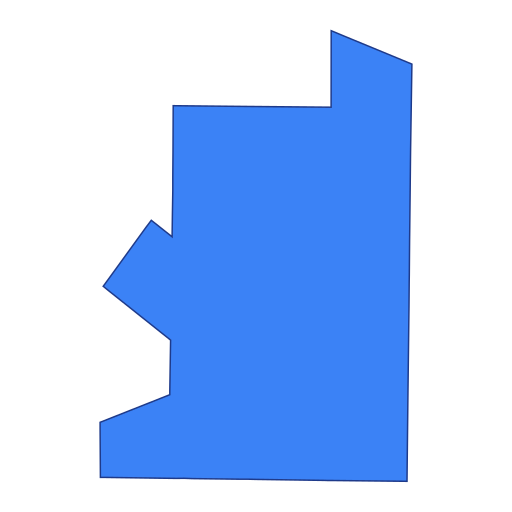 the district of O'Higgins, Chaco, Argentina
{"feature_id": "61730980B80807938720133", "entity_name": "O'Higgins", "entity_type": "district", "adm_level": 2, "iso_a3": "ARG", "parent_name": "Argentina", "parent_adm1": "Chaco", "projection": "robinson", "projection_center": [-60.713, -27.221], "detail": "fine", "context": "isolated", "style": "filled", "palette": "blue", "viewbox_px": 512, "rotation_deg": 0, "n_neighbors": 0, "source": "geoboundaries", "source_scale": "gbopen_adm2", "svg_char_len": 726}
<svg xmlns="http://www.w3.org/2000/svg" viewBox="0 0 512 512"><path d="M411.9,64.1L350.9,38.9L342.7,35.5L335.3,32.4L331.2,30.7L331.1,107.2L252.6,106.5L252.1,106.5L173.2,105.7L173.0,151.0L172.8,176.8L172.8,185.7L172.8,190.4L172.4,214.2L172.2,229.3L172.1,236.8L151.3,220.3L146.3,226.9L112.9,273.0L111.3,275.2L103.2,286.3L109.6,291.5L170.6,340.1L169.8,391.0L169.8,394.7L100.1,422.3L100.1,428.3L100.4,477.4L104.9,477.4L176.2,478.4L184.2,478.3L192.3,478.6L240.1,479.2L248.1,479.2L256.1,479.4L324.9,480.4L327.5,480.5L331.9,480.5L407.0,481.3L407.9,397.8L408.9,314.1L409.0,307.0L409.2,282.3L409.3,275.4L409.6,239.4L409.7,231.9L410.3,177.0L410.5,157.3L410.6,149.0L411.9,64.1Z" fill="#3b82f6" stroke="#1e3a8a" stroke-width="1.5"/></svg>